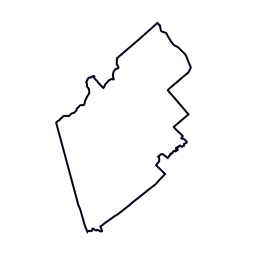 outline of Babaita, Teleorman, Romania, rotated 241°
{"feature_id": "2599482B60473454525777", "entity_name": "Babaita", "entity_type": "district", "adm_level": 2, "iso_a3": "ROU", "parent_name": "Romania", "parent_adm1": "Teleorman", "projection": "albers", "projection_center": [25.418, 44.126], "detail": "fine", "context": "isolated", "style": "outline", "palette": "ink", "viewbox_px": 256, "rotation_deg": 241, "n_neighbors": 0, "source": "geoboundaries", "source_scale": "gbopen_adm2", "svg_char_len": 5255}
<svg xmlns="http://www.w3.org/2000/svg" viewBox="0 0 256 256"><g transform="rotate(241 128 128)"><path d="M167.4,67.7L136.5,60.1L84.6,47.2L80.5,46.8L79.4,46.6L67.1,43.8L64.4,43.1L60.2,42.5L58.3,42.3L56.9,42.2L57.1,42.5L57.3,42.9L57.3,43.4L57.2,43.6L56.7,44.3L56.5,44.7L55.9,45.2L55.8,45.4L55.6,45.9L55.6,46.1L55.6,46.3L55.9,46.7L56.1,47.0L56.4,47.2L56.5,47.4L56.7,47.5L56.8,47.7L56.9,47.9L57.0,48.1L57.1,48.4L57.1,48.5L56.8,48.7L56.5,48.9L56.1,49.0L55.8,49.1L55.4,49.3L54.8,49.7L54.1,50.2L54.0,50.4L53.9,50.7L53.7,50.9L53.9,51.1L53.9,51.4L53.8,51.7L53.7,51.9L53.7,52.0L53.0,52.6L52.5,52.8L52.1,53.0L51.4,53.4L50.9,53.9L50.6,54.2L50.5,54.4L50.4,54.7L50.4,54.9L50.4,55.1L50.8,55.4L51.2,55.5L52.6,55.8L54.0,55.9L54.4,55.9L54.8,56.0L55.2,56.1L55.4,57.5L56.1,62.1L57.4,73.7L57.4,76.7L58.8,85.3L59.8,91.9L60.6,95.1L61.4,99.9L64.3,117.3L65.3,124.3L66.4,127.5L66.8,128.4L67.6,131.1L69.8,138.2L80.7,134.8L81.8,134.5L83.1,137.3L83.4,138.3L84.0,139.2L84.7,139.7L85.8,140.3L87.4,141.0L88.2,140.5L89.1,143.7L88.4,145.7L82.5,148.2L83.4,150.2L83.6,150.3L83.8,150.6L83.8,150.8L83.8,151.2L83.8,151.4L83.7,151.7L83.8,151.9L83.9,152.0L84.2,151.8L84.4,151.9L84.5,152.1L84.7,152.3L84.8,152.8L84.9,153.2L84.6,153.8L84.4,154.3L84.4,154.6L84.5,154.8L85.0,155.2L85.3,155.5L85.6,156.8L85.6,157.3L85.4,157.5L85.2,157.9L85.1,158.0L84.9,158.0L84.6,158.0L84.4,158.3L84.4,158.6L84.6,158.8L84.9,159.4L85.4,159.6L85.5,159.7L85.5,159.8L85.3,160.0L85.0,160.1L84.7,160.1L84.6,160.3L84.7,160.6L84.9,160.8L85.2,160.9L86.3,160.9L86.6,160.5L86.5,160.2L86.4,160.0L86.5,160.0L86.5,159.9L86.8,159.9L87.0,160.0L87.2,160.4L87.2,160.9L87.1,161.3L87.1,162.0L87.3,162.3L87.4,162.7L87.3,162.9L87.0,163.2L86.9,163.2L86.9,163.3L87.0,163.5L87.5,163.9L87.6,164.1L87.3,164.9L87.1,165.3L86.8,165.4L86.4,165.4L86.2,165.5L85.6,165.9L85.5,166.0L85.4,166.5L85.5,167.1L85.5,167.3L85.3,168.1L85.3,168.3L85.9,168.8L86.0,169.1L86.4,169.3L86.5,169.3L86.6,169.2L86.8,169.2L86.8,169.3L86.8,170.0L86.8,170.3L86.8,170.9L86.9,171.3L86.9,172.3L87.0,172.5L87.5,172.7L88.1,172.7L89.9,172.0L90.2,171.9L91.4,171.5L91.6,171.3L91.6,171.2L92.0,170.8L92.0,170.7L92.4,170.1L92.6,169.9L92.7,169.7L92.9,169.6L93.2,169.7L93.3,169.8L93.6,170.2L93.6,170.4L93.6,170.6L93.7,170.8L94.0,171.2L94.1,171.6L94.2,171.8L94.4,171.9L94.5,172.0L94.8,172.0L95.1,171.9L101.8,169.7L104.2,169.0L106.7,168.5L107.8,173.5L110.6,187.5L130.8,183.4L141.4,181.1L142.2,182.1L146.2,201.8L146.9,205.8L147.2,207.6L148.7,209.8L150.4,212.3L150.9,212.4L153.3,212.6L163.3,213.8L165.2,213.6L174.4,210.9L178.2,208.4L182.6,207.6L188.8,207.4L192.8,207.4L195.5,204.7L196.3,204.1L197.2,204.0L201.2,205.3L201.2,205.2L201.6,205.1L202.0,205.1L202.2,205.4L202.3,205.4L202.5,205.5L202.9,205.4L203.3,205.3L203.7,205.3L203.9,205.1L204.1,204.9L205.6,204.7L199.8,178.8L194.4,152.3L193.7,152.1L193.5,151.9L193.1,151.4L192.8,151.2L192.4,150.9L191.5,150.4L191.3,150.2L190.9,150.1L190.8,149.9L190.7,149.8L190.2,149.7L189.8,149.4L189.5,149.2L189.1,149.1L188.7,149.1L188.0,149.2L187.0,149.3L186.5,149.2L185.8,149.0L185.3,148.8L185.2,148.6L185.1,148.4L185.1,148.2L185.4,146.7L185.5,146.2L185.4,145.7L185.4,145.2L185.2,144.8L185.0,144.4L185.0,144.2L184.9,143.9L184.6,143.1L184.2,142.7L183.6,142.1L183.0,141.6L182.5,141.1L182.3,141.0L181.8,140.7L181.1,140.3L180.7,140.2L180.0,139.8L179.6,139.6L178.9,139.5L178.6,139.5L177.5,139.0L177.5,138.8L177.6,138.7L178.4,137.8L178.8,137.1L178.9,136.8L178.9,136.6L178.9,135.5L178.9,134.7L178.7,133.7L177.8,131.5L177.7,130.9L177.6,130.1L177.5,129.9L176.9,129.0L176.2,127.9L175.8,127.3L175.4,126.9L175.2,126.6L175.1,126.2L175.0,125.9L175.7,125.6L177.6,125.1L180.8,124.2L182.2,123.9L183.9,123.7L185.1,123.4L187.7,122.8L188.3,122.7L188.7,122.8L188.8,122.9L189.0,123.0L189.5,123.6L190.3,122.9L190.2,122.7L190.2,122.4L190.2,121.5L190.2,121.3L190.2,121.1L190.2,120.9L190.1,120.6L190.2,120.4L190.3,120.3L190.4,120.2L190.4,119.6L190.5,119.4L190.5,119.0L190.7,118.7L190.8,118.5L190.9,117.9L190.9,117.6L190.8,117.3L190.5,116.9L190.3,116.6L190.1,116.4L189.7,116.1L189.6,115.9L189.6,115.4L189.6,115.2L189.3,115.1L189.0,114.8L188.9,114.5L188.7,114.2L188.5,113.9L188.3,113.7L188.0,113.7L187.6,113.7L186.8,113.5L186.2,113.4L185.3,112.8L184.7,112.5L184.6,112.3L183.5,112.3L182.5,112.4L182.4,112.5L182.2,112.7L181.5,112.8L181.1,112.6L180.8,112.5L180.3,112.4L179.6,112.1L178.7,111.9L177.5,111.0L177.1,110.8L177.0,110.7L176.6,109.8L176.2,109.2L176.0,108.7L175.9,108.5L175.5,107.9L175.3,107.7L175.2,107.2L174.9,106.9L174.5,106.5L174.3,106.1L173.9,105.6L173.7,105.2L173.6,104.9L173.4,104.7L173.2,104.4L172.7,104.1L172.5,103.8L172.2,103.4L172.1,103.2L171.8,103.0L171.4,102.6L171.1,102.4L170.6,102.0L170.4,101.8L170.1,101.5L169.5,100.5L169.5,100.3L169.5,100.1L169.8,99.7L170.1,99.2L170.4,98.9L170.5,98.6L170.8,98.0L170.9,97.6L170.9,96.7L170.8,96.3L170.5,95.6L170.2,94.7L170.0,93.7L169.9,93.0L169.8,92.8L169.6,92.5L169.1,92.1L168.6,91.8L168.4,91.5L168.3,91.2L168.0,90.0L167.6,89.1L167.5,88.7L167.6,87.7L167.8,86.8L168.0,86.0L168.0,85.5L167.9,85.1L167.7,84.4L167.4,83.0L167.2,82.5L167.1,82.3L167.1,82.0L167.1,81.9L167.2,81.7L167.9,80.8L169.2,78.7L169.5,78.1L169.6,77.7L169.7,77.0L169.6,76.6L169.0,74.7L168.8,73.6L168.6,72.8L168.4,72.4L168.2,72.2L168.1,71.7L168.1,70.8L168.2,70.4L168.1,70.0L168.0,69.4L167.8,68.7L167.4,67.7Z" fill="none" stroke="#020617" stroke-width="2"/></g></svg>